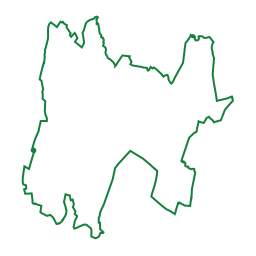 the district of Zaļenieku pag., Jelgava, Latvia, rotated 91°
{"feature_id": "27541924B28600018737203", "entity_name": "Zaļenieku pag.", "entity_type": "district", "adm_level": 2, "iso_a3": "LVA", "parent_name": "Latvia", "parent_adm1": "Jelgava", "projection": "equal_earth", "projection_center": [23.49, 56.518], "detail": "fine", "context": "isolated", "style": "outline", "palette": "green", "viewbox_px": 256, "rotation_deg": 91, "n_neighbors": 0, "source": "geoboundaries", "source_scale": "gbopen_adm2", "svg_char_len": 5503}
<svg xmlns="http://www.w3.org/2000/svg" viewBox="0 0 256 256"><g transform="rotate(91 128 128)"><path d="M213.6,214.1L214.7,212.7L215.7,210.6L217.0,208.1L217.2,207.3L216.3,204.0L219.0,201.2L219.4,201.0L219.4,200.9L225.2,197.8L224.9,196.1L224.6,195.9L224.8,195.2L222.6,192.5L221.1,191.5L220.9,191.9L219.1,190.4L217.9,189.8L217.9,189.7L216.0,188.8L214.8,188.4L212.1,188.0L208.5,189.0L208.1,189.0L202.7,190.8L201.5,190.4L195.4,189.3L195.7,188.2L196.1,187.4L196.4,185.1L200.1,184.3L201.3,183.9L200.5,182.1L205.2,180.8L206.9,181.3L208.0,181.8L212.2,179.1L215.0,179.7L217.0,177.3L222.5,179.7L226.3,180.3L227.9,180.7L228.3,180.6L229.5,179.9L228.7,177.5L227.1,174.4L225.2,169.9L225.6,167.6L229.2,163.2L230.4,162.9L232.1,162.7L237.1,162.8L237.4,162.2L238.2,160.3L238.8,158.3L237.3,155.4L233.3,153.6L233.5,151.2L232.7,150.7L229.7,154.1L225.8,154.2L223.2,154.4L223.2,155.6L218.5,155.7L216.0,154.7L214.4,154.7L212.7,154.2L212.6,154.3L204.7,150.8L203.3,150.3L179.4,142.4L168.3,140.2L163.8,136.8L150.8,125.3L156.9,115.0L157.8,113.2L161.2,109.0L163.0,106.7L165.2,104.1L165.3,103.9L165.7,103.7L168.4,100.6L168.2,100.5L170.3,98.1L174.0,98.3L178.8,99.0L184.2,100.2L193.2,102.8L196.1,103.5L201.0,97.7L201.3,97.5L201.3,97.4L204.1,94.0L208.5,88.3L210.3,84.5L213.0,79.9L213.2,79.7L211.6,79.1L210.1,78.8L207.4,78.1L202.3,76.6L202.7,76.0L201.6,75.5L201.7,75.2L202.2,74.3L203.1,73.0L203.3,72.1L203.7,71.4L204.6,70.1L204.7,66.4L204.9,64.5L196.3,63.6L196.5,63.3L187.8,63.0L172.6,60.2L171.0,60.0L169.9,60.8L168.8,61.1L167.9,61.0L167.7,61.5L167.7,62.9L168.1,63.7L167.8,64.6L167.5,65.8L166.8,66.9L166.6,67.1L166.2,67.2L165.9,67.1L165.6,67.2L165.7,67.5L165.9,67.6L165.7,68.0L165.3,69.6L164.7,70.2L163.6,70.1L163.0,70.0L162.2,70.0L160.7,71.5L160.5,71.9L160.8,72.0L161.2,71.9L161.5,72.2L161.0,73.0L160.2,73.5L160.1,74.0L157.2,73.2L141.4,68.2L136.8,66.7L136.2,66.3L131.8,61.8L130.7,59.5L126.8,58.8L120.1,57.5L120.7,56.4L121.6,52.5L121.5,52.3L121.2,52.0L116.6,49.6L116.3,49.1L115.6,47.3L115.5,47.2L116.3,46.6L119.1,43.2L120.8,42.1L120.6,41.9L119.5,38.1L119.4,38.1L118.7,35.3L109.1,31.8L107.4,30.9L101.5,25.9L98.9,23.6L96.9,24.1L96.5,24.3L96.3,24.1L95.3,24.3L94.7,24.6L94.9,25.4L96.2,28.1L96.7,29.4L97.1,31.0L99.3,39.6L90.7,41.1L82.7,42.7L73.1,44.3L56.4,43.2L55.3,43.7L52.0,44.8L51.6,44.5L47.3,45.6L46.2,45.7L44.2,45.5L41.8,44.8L41.4,44.4L40.9,44.2L40.4,44.0L39.8,44.7L39.1,45.3L35.6,48.0L36.5,51.4L36.6,52.3L36.5,52.7L36.5,52.9L36.4,53.8L34.9,55.6L34.9,56.2L35.1,58.0L35.1,58.4L35.0,58.9L35.2,59.0L35.4,59.0L36.3,58.7L37.0,58.6L37.4,58.7L38.5,59.2L38.9,59.6L39.0,60.0L39.1,61.0L39.3,61.5L39.1,61.9L37.6,62.9L37.3,62.9L36.5,62.7L35.7,62.8L35.7,63.0L35.9,63.3L36.2,63.4L36.3,63.5L36.1,63.9L35.9,64.0L35.6,64.1L35.3,63.8L34.9,63.5L34.7,63.5L34.4,63.6L34.3,64.6L34.0,64.9L34.0,65.2L34.4,65.3L34.8,65.0L35.3,65.0L35.7,65.2L35.9,65.3L35.8,65.5L34.7,65.7L34.2,65.9L34.2,66.0L34.4,66.6L34.4,66.8L34.2,67.0L35.5,67.3L39.2,69.8L41.9,71.9L48.5,72.8L48.8,72.7L57.1,73.6L61.8,74.1L65.4,76.0L76.6,81.9L81.1,84.0L82.8,85.3L82.2,86.3L79.2,88.1L78.2,88.4L76.6,88.5L74.2,89.5L74.8,91.6L75.9,93.5L76.0,93.6L75.7,93.9L73.8,95.2L68.7,100.8L67.0,103.2L67.9,104.2L68.1,104.4L68.1,104.6L66.6,106.5L69.6,108.0L70.3,108.9L70.3,109.0L70.0,109.4L67.6,110.1L67.1,114.5L66.8,115.1L65.4,124.5L64.1,126.8L61.8,125.6L57.2,128.2L56.3,127.6L55.7,134.0L55.7,135.0L64.3,140.5L65.2,140.8L66.4,141.9L66.0,141.9L65.0,142.3L63.5,143.2L62.3,144.1L59.8,146.9L58.7,149.0L58.4,149.4L56.2,150.4L54.7,151.4L54.2,151.6L53.1,151.8L52.3,151.8L50.3,151.4L49.4,151.5L47.8,152.1L47.6,152.3L47.2,152.7L46.5,154.3L45.6,154.3L44.5,153.8L44.0,153.7L43.4,153.7L43.0,153.8L42.7,154.1L42.4,154.2L41.9,154.1L41.3,153.8L40.6,153.7L38.4,154.5L38.2,154.7L38.1,155.0L38.2,155.5L38.0,156.0L37.8,156.4L37.6,156.5L37.4,156.5L36.3,156.2L35.1,156.8L34.2,157.7L33.9,157.9L33.1,158.1L31.8,158.3L29.4,158.6L29.0,158.6L26.6,159.3L24.7,159.5L24.4,159.6L24.1,159.9L24.5,161.1L22.3,161.1L19.9,161.5L19.2,160.6L17.8,160.1L17.2,161.0L17.2,161.5L17.6,162.5L18.2,163.2L19.4,164.2L19.5,164.5L20.5,167.6L20.7,168.1L21.1,168.7L22.8,171.0L24.5,172.1L31.6,174.0L33.6,175.1L39.9,173.9L43.7,173.4L48.2,175.6L42.8,182.5L40.8,181.4L39.2,180.2L35.4,181.9L33.9,183.0L37.8,186.4L36.0,187.8L34.3,187.0L33.0,188.0L28.3,191.2L26.3,190.9L24.9,193.5L23.0,195.0L23.7,195.8L22.9,197.4L28.3,200.8L23.8,206.8L24.3,207.4L25.2,208.3L25.5,208.5L26.1,208.8L27.9,209.3L28.1,209.5L28.6,209.4L30.8,209.7L37.5,209.5L40.0,209.6L44.8,210.6L47.0,211.2L49.7,211.8L51.8,212.5L52.3,212.2L52.7,212.1L54.5,212.4L55.6,212.7L59.0,212.5L64.2,213.0L64.0,213.3L69.4,214.7L76.3,216.3L81.0,217.2L82.1,215.4L90.9,213.5L93.3,214.3L95.7,213.8L100.4,213.9L102.3,211.4L102.6,211.2L105.5,211.3L107.4,211.3L112.8,211.5L116.4,210.6L119.6,209.3L122.5,209.3L122.5,212.9L122.6,215.4L125.9,216.0L130.7,217.1L132.9,217.4L140.0,220.4L144.7,221.9L148.6,222.9L151.3,223.6L151.2,223.2L151.4,223.1L151.7,223.0L152.1,223.1L152.3,223.3L152.1,223.6L151.8,223.9L151.9,224.0L152.7,223.7L153.2,223.3L153.6,222.6L152.9,222.6L150.4,222.5L150.0,222.4L150.0,222.2L150.3,221.7L150.7,220.9L151.3,220.4L151.7,220.4L153.0,220.4L153.1,220.5L152.7,220.9L152.7,221.1L152.9,221.2L152.9,221.3L159.7,223.3L170.7,226.3L168.1,230.9L171.1,231.2L174.3,231.8L176.4,231.9L179.7,232.4L179.9,232.3L183.3,232.4L186.1,231.9L187.2,228.9L190.5,228.7L191.1,230.8L195.5,229.6L195.1,223.2L197.0,222.9L203.0,222.1L203.9,222.3L205.1,221.7L205.6,219.9L205.1,219.5L205.2,219.4L205.8,218.3L206.2,217.2L206.5,215.7L207.3,213.3L210.9,213.8L211.1,213.8L213.6,214.1Z" fill="none" stroke="#15803d" stroke-width="2"/></g></svg>